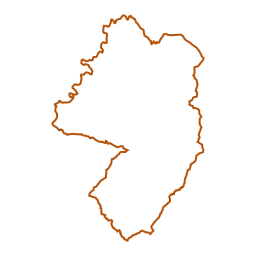 outline of Thaba-Mokhele, Mohale's Hoek, Lesotho
{"feature_id": "5366337B93418008192528", "entity_name": "Thaba-Mokhele", "entity_type": "district", "adm_level": 2, "iso_a3": "LSO", "parent_name": "Lesotho", "parent_adm1": "Mohale's Hoek", "projection": "natural_earth1", "projection_center": [27.545, -30.078], "detail": "fine", "context": "isolated", "style": "outline", "palette": "amber", "viewbox_px": 256, "rotation_deg": 0, "n_neighbors": 0, "source": "geoboundaries", "source_scale": "gbopen_adm2", "svg_char_len": 5761}
<svg xmlns="http://www.w3.org/2000/svg" viewBox="0 0 256 256"><path d="M203.0,152.2L203.4,150.1L202.3,147.4L202.1,144.7L197.6,141.9L198.6,140.2L198.7,138.6L199.7,137.6L198.7,134.9L199.7,131.6L201.4,127.3L199.9,124.6L199.6,123.3L199.8,118.7L201.3,116.6L199.7,114.3L199.2,112.4L199.2,110.4L198.2,109.2L196.9,108.5L193.3,107.9L192.7,106.0L190.5,105.3L189.3,104.6L189.6,102.9L189.3,101.5L191.9,100.1L193.2,97.7L194.4,97.1L196.4,96.7L197.0,96.0L197.1,94.3L196.8,91.7L195.6,90.8L197.1,86.4L197.5,84.7L197.5,83.7L197.0,82.8L196.9,81.2L196.4,79.8L195.7,79.0L194.8,78.5L194.3,76.3L193.3,75.5L194.5,73.3L194.5,69.7L194.3,68.5L194.7,66.9L197.5,66.5L198.5,65.7L203.0,60.0L203.5,58.8L203.5,57.9L201.6,56.2L201.2,54.7L198.9,50.6L196.4,47.5L192.1,44.6L191.0,43.4L185.8,40.1L184.7,39.0L182.8,35.9L180.6,34.6L171.1,35.2L168.5,35.0L166.3,34.1L164.1,34.1L163.4,34.9L162.4,37.0L161.4,38.0L160.4,39.5L159.5,41.4L159.4,42.1L159.0,42.6L157.1,42.7L157.0,42.2L156.7,42.0L156.2,42.4L156.2,43.3L155.8,43.5L155.4,43.3L155.1,42.7L154.0,42.5L153.9,41.5L153.7,41.4L153.3,42.9L152.3,43.2L151.7,44.1L151.3,43.8L151.2,42.4L150.9,42.2L151.2,41.5L151.0,41.1L149.6,40.1L148.3,38.5L148.3,38.0L147.7,37.5L144.9,35.9L144.4,35.5L144.2,33.5L143.7,32.0L143.8,30.9L143.5,30.2L142.8,29.4L140.9,28.6L137.5,23.6L136.6,22.6L136.1,22.4L134.9,19.1L133.7,18.8L133.2,18.0L132.8,17.7L131.1,17.2L131.1,16.3L130.9,16.0L129.4,16.3L128.9,16.9L128.1,19.3L127.6,19.6L127.1,19.3L126.1,17.2L125.1,16.1L124.4,15.5L123.4,15.4L122.3,16.0L120.8,18.2L119.9,19.0L118.7,19.1L116.6,20.0L116.1,20.6L115.5,22.7L114.7,23.2L113.9,22.2L113.7,21.1L112.5,19.9L111.8,19.4L111.4,19.5L111.1,20.0L110.8,22.7L109.1,26.1L108.6,26.6L107.9,26.6L105.8,25.9L103.8,25.9L103.4,28.5L103.2,32.0L104.0,32.8L106.2,33.3L106.6,33.6L107.0,34.0L107.0,35.3L106.5,38.3L106.8,41.8L106.6,42.8L106.0,43.1L105.2,43.0L103.9,42.3L103.2,42.3L101.8,43.5L101.3,44.8L100.9,46.2L101.0,47.7L101.9,48.6L102.9,49.9L102.8,51.6L102.3,52.5L100.9,51.6L100.0,51.7L98.9,52.4L97.9,53.9L96.9,56.3L96.2,57.0L94.7,57.1L94.1,56.9L93.5,57.2L93.0,58.0L93.0,59.1L92.7,59.8L91.8,60.1L91.5,60.5L89.6,59.9L88.8,60.6L87.6,61.1L85.6,61.1L83.3,59.6L82.8,59.5L81.5,60.4L81.6,61.2L81.3,62.9L81.9,63.7L83.3,64.8L84.5,64.8L84.7,64.4L85.6,64.2L88.2,64.9L89.0,66.1L89.4,67.3L90.7,68.3L92.2,70.7L92.3,71.3L91.8,72.9L91.7,74.2L90.7,74.4L89.0,73.1L86.8,72.4L86.1,72.4L85.3,73.0L84.1,74.5L83.4,74.7L81.5,74.5L81.1,74.7L80.8,75.8L81.5,77.5L81.5,78.6L80.8,82.6L80.3,83.8L79.2,84.6L77.7,84.9L75.0,84.3L74.5,84.5L72.8,86.4L72.5,87.1L72.5,87.8L75.5,90.4L75.9,91.3L77.4,93.5L77.2,93.8L75.8,94.6L74.1,94.6L70.4,93.2L69.4,93.6L69.3,95.0L69.8,96.2L70.4,97.0L71.0,97.2L72.6,96.2L73.2,96.3L73.5,97.1L73.0,98.5L70.3,101.5L69.7,102.0L68.1,102.4L62.7,102.6L61.3,102.4L60.3,101.1L59.6,100.8L59.0,101.2L58.6,102.3L58.1,102.8L57.2,103.4L55.2,103.9L54.8,104.4L54.8,104.8L56.5,106.5L56.4,107.0L55.6,107.4L55.3,110.7L55.4,111.3L56.9,113.5L57.1,114.9L57.0,117.4L55.4,120.2L52.8,122.5L52.5,123.3L52.5,123.8L52.6,124.3L53.3,125.4L57.2,127.9L58.8,130.0L60.0,130.2L60.0,129.8L60.7,129.5L61.0,129.8L61.4,129.7L61.6,130.1L62.4,130.2L62.9,130.7L63.6,132.9L64.4,133.5L65.1,133.7L65.8,133.5L66.8,134.0L67.2,134.8L68.6,134.3L69.6,134.4L70.2,134.1L72.6,134.0L73.4,133.7L75.2,134.3L77.1,134.1L80.3,134.5L81.5,134.1L82.0,134.8L83.4,135.5L85.2,135.6L87.0,136.3L88.2,136.3L89.0,137.1L89.5,137.2L90.1,138.3L91.0,138.2L92.4,137.4L93.3,137.9L96.3,140.4L99.1,141.6L102.0,142.2L102.4,141.8L104.8,142.9L105.7,143.0L105.9,141.0L106.8,141.5L107.0,142.2L108.0,143.0L108.1,143.6L108.6,143.7L109.7,143.2L110.3,143.3L115.1,146.2L117.6,147.2L118.1,147.2L120.2,146.4L122.6,146.2L123.4,147.4L123.5,148.4L124.9,149.0L125.4,149.6L126.4,149.6L127.4,150.1L126.7,150.3L126.4,151.3L125.5,152.0L121.8,151.9L120.7,152.0L119.9,152.5L119.2,154.1L118.1,154.7L116.9,155.9L116.1,157.2L115.1,157.4L114.2,158.1L113.7,158.8L111.8,159.2L111.3,163.2L110.8,164.4L109.8,165.8L109.1,167.4L108.1,168.8L106.3,169.9L106.3,172.8L105.8,177.5L102.6,179.5L102.2,180.0L101.1,180.4L100.3,181.2L96.3,186.5L94.0,187.4L93.4,190.1L92.2,190.9L90.3,192.6L89.5,194.1L89.3,195.8L90.7,196.0L91.8,196.6L95.3,197.6L96.1,198.2L96.6,199.3L97.6,199.9L98.1,201.4L98.6,203.3L99.5,203.8L99.9,205.2L100.6,205.7L100.8,207.3L100.4,208.1L101.3,208.8L101.4,209.5L101.3,212.1L101.6,212.7L101.4,213.3L101.8,214.2L102.9,214.2L105.2,215.1L104.5,215.8L104.8,217.0L106.2,218.1L106.6,219.1L107.7,219.1L108.2,220.5L108.8,220.7L110.9,220.0L112.2,220.7L112.2,221.2L111.9,221.7L111.9,222.4L111.4,223.6L112.2,226.4L112.9,227.2L113.7,227.6L113.6,228.4L116.5,230.1L117.0,230.6L117.4,231.4L119.1,230.1L119.5,230.2L119.8,231.9L120.4,231.9L120.5,232.8L120.3,233.4L120.5,234.0L121.1,234.2L121.4,234.9L121.4,236.0L122.3,237.1L123.0,237.2L124.1,238.0L124.1,238.7L124.7,239.4L125.6,239.5L126.6,240.5L127.5,240.6L128.4,238.6L130.3,237.2L131.3,237.0L131.8,236.1L133.1,235.2L134.0,235.2L134.2,234.8L136.7,233.9L137.4,233.2L138.8,233.0L139.6,232.6L140.4,231.4L141.8,231.0L142.2,230.6L145.7,232.2L148.7,232.7L150.4,234.1L152.1,231.9L152.9,231.3L153.5,230.6L151.8,228.4L151.4,227.3L151.4,226.4L154.4,222.2L157.7,218.7L158.0,218.2L159.0,217.5L160.1,214.8L160.4,213.5L161.5,213.0L161.5,211.6L162.7,209.9L162.9,208.1L163.5,206.9L166.8,204.3L168.4,202.7L169.5,202.1L170.0,201.1L170.0,199.7L169.3,197.2L169.5,196.1L170.6,194.7L172.1,194.5L172.1,193.9L174.0,194.1L174.0,192.3L175.7,191.3L175.7,190.7L176.0,190.3L177.5,190.4L178.0,189.9L179.3,190.0L179.2,189.2L180.6,188.7L180.4,188.2L181.0,187.6L181.8,187.5L181.9,187.0L183.0,187.0L183.5,186.0L184.0,183.8L184.5,183.2L184.8,182.3L184.6,181.3L185.1,178.3L185.8,177.0L186.5,175.2L187.9,169.9L189.7,169.3L190.6,166.1L190.7,164.5L191.4,163.8L192.7,163.3L195.5,160.8L196.6,155.2L198.2,154.5L199.1,153.5L199.8,153.1L201.5,152.8L203.0,152.2Z" fill="none" stroke="#b45309" stroke-width="2"/></svg>